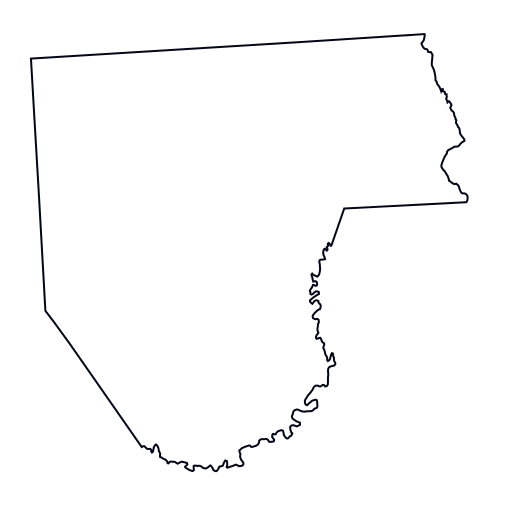 Sala Krau, Krong Pailin, Cambodia (Natural Earth projection), rotated 177°
{"feature_id": "14789045B37468243401885", "entity_name": "Sala Krau", "entity_type": "district", "adm_level": 2, "iso_a3": "KHM", "parent_name": "Cambodia", "parent_adm1": "Krong Pailin", "projection": "natural_earth1", "projection_center": [102.586, 13.003], "detail": "fine", "context": "isolated", "style": "outline", "palette": "ink", "viewbox_px": 512, "rotation_deg": 177, "n_neighbors": 0, "source": "geoboundaries", "source_scale": "gbopen_adm2", "svg_char_len": 5852}
<svg xmlns="http://www.w3.org/2000/svg" viewBox="0 0 512 512"><g transform="rotate(177 256 256)"><path d="M380.1,71.2L378.8,71.9L377.4,71.9L375.3,69.5L374.3,68.9L372.6,69.0L371.6,68.9L370.7,67.5L370.9,66.4L370.2,65.2L369.2,65.8L368.8,67.6L368.4,68.6L368.2,69.9L367.6,71.1L366.9,72.1L365.8,73.0L364.8,72.1L363.9,70.3L363.5,69.1L363.3,67.6L363.2,66.3L362.4,64.7L362.0,63.2L362.3,62.2L362.3,60.3L360.7,59.6L359.3,58.5L358.2,57.9L357.2,57.5L356.5,56.8L355.8,55.9L355.2,54.9L355.1,53.7L354.2,53.5L353.2,54.6L352.4,55.1L351.3,55.1L347.9,54.7L347.0,54.0L345.2,52.7L343.9,53.3L342.3,54.0L341.0,54.5L338.4,53.8L336.8,53.2L335.8,53.0L335.5,51.5L336.1,50.6L337.4,49.9L337.9,49.0L337.2,48.1L336.0,47.3L334.7,46.4L332.7,45.3L331.4,44.8L330.3,44.6L329.2,45.6L329.3,46.8L329.3,48.3L329.2,49.6L328.3,49.9L327.2,49.9L325.6,49.3L324.5,49.6L322.5,49.2L321.4,48.5L320.3,47.4L319.0,46.8L318.0,46.5L316.7,46.6L315.4,47.3L314.4,47.9L313.2,49.0L312.3,49.2L311.1,47.7L310.5,46.5L310.0,44.9L308.9,43.9L308.0,43.4L306.9,43.2L306.0,43.8L304.4,45.8L304.1,47.0L303.3,47.7L302.1,47.8L300.2,48.3L298.8,51.3L298.2,52.3L297.4,53.4L295.8,52.7L295.6,50.6L295.7,48.4L296.4,47.0L295.7,46.1L290.3,47.6L288.9,48.0L287.4,48.7L286.4,48.5L284.8,47.5L283.8,47.0L282.9,47.1L282.0,47.0L280.3,47.6L279.6,48.5L279.4,50.1L280.3,51.5L281.4,53.2L282.1,54.9L282.4,57.0L282.1,58.1L281.9,59.3L282.5,60.4L282.8,62.0L282.7,62.9L281.7,63.4L281.0,64.1L279.8,65.1L278.8,65.3L276.9,66.1L274.0,66.8L273.0,67.2L271.8,66.9L270.9,65.7L269.7,65.5L265.6,66.6L264.8,67.1L263.7,68.0L262.8,69.5L262.4,71.6L260.7,72.7L258.9,72.8L257.3,72.6L255.9,72.8L254.9,72.7L253.4,71.4L252.7,69.8L251.1,69.6L249.5,69.7L248.1,69.9L247.6,70.7L247.5,71.8L249.2,74.0L249.3,75.2L248.9,77.0L248.1,77.5L247.0,76.9L245.7,77.0L244.7,78.6L243.2,79.8L242.1,80.2L241.0,80.4L239.9,80.8L238.2,80.1L237.8,78.4L237.6,76.1L237.0,74.9L236.1,73.4L235.3,72.5L234.5,72.1L233.5,72.3L231.4,74.3L230.5,74.6L229.7,75.5L229.0,77.0L229.9,77.8L230.7,80.5L230.9,83.4L229.9,84.7L227.8,85.1L226.2,84.6L224.2,83.7L222.6,84.3L220.9,85.1L220.9,87.3L222.5,88.0L224.4,88.9L226.0,90.1L227.3,91.1L228.2,92.1L228.6,93.9L228.1,95.1L227.6,96.0L227.3,97.0L226.9,98.5L225.9,99.8L224.7,100.2L223.1,100.6L222.2,100.4L221.3,99.9L218.4,98.5L217.1,98.2L215.7,98.0L214.2,98.2L209.0,98.2L207.4,98.7L206.4,99.8L205.4,100.5L204.3,100.8L203.1,101.3L202.7,102.2L202.5,103.7L202.6,107.8L203.1,109.1L204.2,109.4L205.2,109.1L206.4,108.9L207.9,108.3L208.9,107.4L210.2,106.6L212.8,104.3L214.2,105.1L214.8,106.7L214.8,108.8L214.3,110.0L213.5,110.9L212.0,113.3L210.8,114.7L208.8,116.7L208.0,117.7L206.5,119.5L205.5,121.4L205.0,122.2L203.5,123.3L201.9,123.4L200.7,123.2L199.9,122.6L198.6,122.3L196.0,123.8L194.8,123.6L193.8,122.1L192.2,122.4L191.3,123.4L190.9,124.3L190.8,126.3L190.6,127.6L190.6,129.7L190.4,131.3L190.1,133.2L190.0,135.0L190.1,136.4L190.1,137.7L189.9,139.3L189.0,140.9L187.4,141.8L183.7,142.5L182.6,143.6L182.4,145.0L183.5,147.3L183.5,150.3L184.0,152.0L184.5,153.1L184.3,154.6L185.2,155.0L186.0,153.9L187.5,149.2L188.3,148.1L189.7,147.3L190.3,148.1L190.3,151.1L192.0,154.4L192.2,156.4L192.6,158.0L193.0,159.4L193.6,160.5L193.4,161.8L192.5,163.8L192.5,165.2L194.1,166.4L194.9,167.9L195.3,169.8L196.3,171.0L199.6,170.1L200.3,170.8L200.3,172.2L199.7,173.6L197.7,176.0L198.4,178.1L198.5,179.8L197.9,182.7L197.6,185.0L196.7,186.3L196.8,188.9L197.6,189.7L198.5,190.0L199.9,189.8L201.1,190.2L202.3,191.0L202.6,192.8L202.2,193.9L200.3,196.1L197.0,198.8L196.2,199.2L195.0,199.5L194.4,200.9L194.0,202.1L194.0,203.3L194.4,204.4L195.5,205.5L196.0,206.3L196.1,207.8L197.5,208.5L198.8,208.5L199.9,208.0L202.2,205.3L203.7,206.5L204.5,207.9L204.5,208.8L203.5,209.6L201.2,211.4L197.4,213.7L195.1,214.8L195.2,216.8L196.3,217.3L198.0,217.6L199.5,216.7L201.2,215.1L202.6,214.6L203.6,215.2L203.6,217.2L204.1,218.5L203.5,219.4L202.7,220.6L201.7,221.7L200.6,224.1L199.7,224.0L197.8,223.0L196.8,223.5L196.4,224.5L196.6,226.3L197.0,227.2L198.3,227.8L200.1,227.4L200.4,228.4L200.7,230.1L201.0,232.2L201.5,233.8L201.5,234.8L200.8,235.5L200.0,234.6L198.6,233.6L195.8,232.2L194.9,233.0L193.9,234.3L193.0,237.5L192.7,239.2L192.7,244.4L193.1,246.7L192.9,248.1L192.0,248.9L188.5,249.0L187.2,249.2L187.4,250.6L188.3,253.0L188.8,254.8L188.3,258.3L187.6,259.3L186.7,259.7L186.0,258.6L185.0,257.7L184.2,258.5L184.4,259.9L184.8,261.3L183.5,262.3L183.6,263.4L183.6,264.6L182.7,265.2L181.9,264.4L181.6,263.3L180.7,262.2L180.0,262.9L165.4,298.8L43.1,298.7L42.1,300.4L41.6,302.8L41.6,304.0L42.0,305.4L42.5,306.3L43.3,306.9L44.1,307.5L45.5,307.7L47.0,307.8L48.2,309.4L49.0,311.6L50.1,315.6L51.1,316.7L52.3,317.7L54.0,317.4L55.1,317.8L57.4,319.6L58.2,320.4L59.4,321.2L59.3,322.2L60.4,325.9L61.1,327.0L62.2,329.1L63.2,330.9L64.3,332.0L65.3,333.6L66.1,335.1L66.2,336.5L65.8,337.8L64.7,340.6L63.3,343.5L62.6,344.9L61.7,346.2L60.7,347.5L60.1,348.4L59.7,350.2L58.5,351.7L56.5,352.5L53.7,353.9L52.1,354.8L49.2,354.8L48.3,355.0L47.2,355.9L45.9,357.4L44.0,359.0L42.8,359.5L41.7,360.3L42.2,362.0L42.8,363.0L43.4,363.8L44.1,364.7L45.0,366.2L45.9,367.9L46.0,371.6L46.5,373.2L47.6,374.5L47.9,375.8L49.3,378.3L49.2,379.6L48.8,381.2L49.6,382.0L49.5,383.1L49.8,384.0L50.5,385.5L50.7,386.6L50.8,388.4L51.6,389.9L52.5,390.5L53.5,391.8L54.2,393.8L53.8,394.9L52.9,396.2L53.1,397.2L54.3,399.5L55.3,400.5L56.7,399.3L57.0,400.9L57.9,403.1L57.1,404.8L57.3,405.8L57.2,407.5L58.5,407.7L59.0,410.1L60.6,410.7L60.8,412.9L61.7,412.8L62.5,410.9L62.9,412.4L63.5,414.1L63.9,415.0L64.9,416.8L65.8,417.8L66.2,419.0L66.6,420.9L67.5,421.9L67.5,425.9L67.7,427.8L68.5,432.4L70.1,436.4L70.5,438.1L70.0,441.9L69.7,443.7L69.4,446.5L69.1,447.5L70.7,450.5L71.9,450.5L73.4,450.8L73.7,452.5L74.6,453.6L76.0,453.8L77.6,454.9L78.6,456.5L79.7,459.7L77.9,461.6L77.0,463.1L76.4,465.5L75.9,467.7L76.0,468.8L202.1,467.3L461.5,465.0L470.4,464.9L470.1,407.3L469.6,328.4L469.2,212.3L461.8,201.5L446.7,178.3L380.1,71.2Z" fill="none" stroke="#020617" stroke-width="2"/></g></svg>